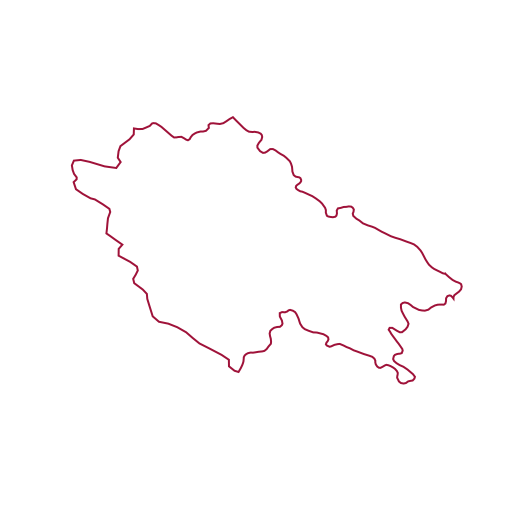 Klimavichy, Mogilev, Belarus, rotated 221°
{"feature_id": "67162791B58533541453403", "entity_name": "Klimavichy", "entity_type": "district", "adm_level": 2, "iso_a3": "BLR", "parent_name": "Belarus", "parent_adm1": "Mogilev", "projection": "equal_earth", "projection_center": [31.953, 53.607], "detail": "fine", "context": "isolated", "style": "outline", "palette": "rose", "viewbox_px": 512, "rotation_deg": 221, "n_neighbors": 0, "source": "geoboundaries", "source_scale": "gbopen_adm2", "svg_char_len": 4607}
<svg xmlns="http://www.w3.org/2000/svg" viewBox="0 0 512 512"><g transform="rotate(221 256 256)"><path d="M431.8,272.2L428.0,267.5L428.0,261.1L430.4,250.0L428.5,245.0L424.8,239.5L419.8,238.1L419.2,230.7L429.1,224.3L443.3,217.9L451.3,213.5L456.0,208.5L454.4,203.6L450.8,200.6L447.2,198.6L442.9,197.7L441.7,196.2L442.1,192.1L435.7,188.3L427.4,189.2L418.7,191.0L414.7,193.0L405.6,194.5L397.6,195.4L394.9,193.6L392.5,187.4L389.3,182.8L386.5,179.0L383.7,174.9L379.3,175.4L372.6,176.0L364.3,176.9L364.3,171.3L359.9,166.1L352.4,167.8L347.2,169.0L338.9,169.9L335.7,167.5L334.5,162.9L333.7,158.2L330.1,155.6L319.4,156.4L313.5,155.8L309.9,152.3L304.3,148.8L294.4,142.7L286.1,142.7L277.8,147.4L268.7,150.6L258.7,152.6L250.0,152.6L241.3,152.9L230.6,155.6L217.1,158.8L208.4,159.9L204.0,155.0L196.9,155.3L193.1,157.0L193.9,161.3L194.8,164.6L195.5,166.5L196.3,168.2L197.8,170.3L198.8,171.6L199.3,173.5L199.0,175.6L198.3,177.4L196.8,179.5L194.8,181.1L193.1,183.1L191.4,185.2L188.6,188.2L187.4,189.9L186.9,192.8L187.2,195.9L187.2,199.5L188.3,201.1L190.5,203.2L192.9,204.8L194.9,206.5L196.1,209.0L195.8,211.6L195.2,213.8L193.7,216.0L193.0,216.8L191.5,218.2L191.1,220.7L191.6,222.3L194.1,224.3L196.4,225.2L198.2,225.9L199.1,226.8L200.6,228.5L199.5,230.8L197.2,232.5L196.0,234.7L195.8,236.3L194.9,237.7L192.3,238.9L189.6,239.3L187.1,238.6L182.9,236.7L180.5,235.2L178.3,233.9L174.3,232.7L171.2,232.8L167.2,234.1L162.7,235.9L159.8,238.2L156.8,239.7L153.8,241.2L150.4,241.9L148.2,241.9L146.6,240.6L146.0,238.6L146.0,236.9L145.3,235.2L143.8,234.9L140.9,235.8L140.0,237.1L138.5,240.4L136.6,243.0L135.1,244.6L131.2,245.9L127.9,246.7L124.7,247.9L120.4,248.9L116.9,250.3L110.2,252.8L105.2,255.0L102.1,256.2L99.3,256.2L97.3,255.3L96.2,254.0L94.5,252.8L92.0,252.1L90.0,252.3L88.7,253.2L87.8,255.4L86.9,258.1L86.2,259.4L84.4,260.4L82.2,261.2L79.3,261.8L77.0,262.0L74.2,261.6L72.3,260.8L71.1,259.1L70.7,258.2L69.6,256.7L66.0,255.2L65.9,255.1L63.3,255.2L60.9,256.6L59.5,258.5L58.9,261.2L57.6,263.0L56.1,264.8L56.0,267.3L56.8,269.1L60.0,269.8L67.2,269.7L72.1,269.1L76.0,267.9L79.7,267.3L82.9,267.3L84.9,268.2L86.3,270.9L86.3,272.5L85.3,274.4L84.4,275.6L83.3,276.7L82.3,278.3L83.2,280.8L84.6,281.8L90.9,283.4L93.7,283.9L95.8,284.4L99.9,285.3L102.9,286.0L105.1,286.8L107.5,287.4L108.0,289.4L106.0,291.2L100.7,292.0L97.4,292.8L95.8,294.3L95.0,298.8L95.2,302.0L96.4,304.9L98.5,306.0L104.0,307.7L107.6,309.1L110.2,310.2L112.7,312.1L114.8,314.5L114.5,316.7L113.2,318.6L110.3,320.1L107.1,320.5L104.1,320.5L101.5,321.2L97.7,322.2L95.0,323.8L92.7,325.5L90.7,328.6L90.1,332.0L88.5,336.1L86.8,338.6L84.2,341.0L82.3,342.5L81.9,344.4L83.0,346.6L84.8,348.8L85.2,351.3L84.1,353.2L82.7,353.9L80.4,353.7L79.0,353.4L80.1,354.7L80.6,356.6L79.9,360.0L79.4,362.3L79.4,365.4L80.7,367.9L82.7,369.3L84.0,369.2L85.9,368.7L88.4,367.7L91.9,366.9L96.5,366.7L101.0,366.8L101.6,366.9L101.6,366.6L103.7,365.5L107.4,364.6L109.6,364.0L113.1,363.1L115.8,362.8L119.7,362.9L122.5,363.6L125.8,364.6L129.3,366.0L132.6,367.3L135.4,368.1L140.3,368.7L144.4,368.4L147.9,367.2L151.9,365.6L158.1,363.3L162.9,361.1L167.2,359.4L173.8,357.7L177.0,356.8L180.5,356.1L184.7,355.3L187.8,354.2L191.6,352.5L196.7,350.8L201.4,350.6L204.7,350.0L208.9,350.1L210.8,351.5L211.4,353.3L212.7,355.3L214.7,355.9L216.6,355.7L218.5,354.3L220.1,352.3L222.0,350.5L223.6,347.9L225.4,345.7L224.9,343.3L222.8,341.2L221.8,339.2L221.9,337.7L223.4,335.7L225.5,334.3L227.4,333.2L228.9,332.9L231.7,334.5L233.4,336.5L235.5,337.7L240.5,338.9L243.8,339.1L248.6,338.7L252.8,338.1L256.1,337.1L258.2,336.5L260.9,335.7L263.3,334.9L265.0,333.9L267.3,333.4L269.5,333.2L271.0,333.8L271.7,335.3L271.5,336.9L270.9,339.1L270.8,340.7L271.1,342.2L271.9,343.1L273.6,343.9L275.0,343.7L276.9,342.6L278.2,341.9L280.6,341.8L283.9,343.6L285.6,345.3L287.4,347.0L290.2,348.7L292.6,349.7L297.6,350.0L300.8,349.9L304.5,349.1L307.4,348.7L310.5,348.5L313.4,347.8L315.4,346.0L316.2,342.1L317.0,339.9L318.4,338.4L321.7,337.8L326.0,338.7L327.4,340.2L328.0,343.0L328.1,344.8L328.1,347.2L329.4,349.9L331.0,351.1L332.7,351.4L335.4,350.7L338.7,348.7L339.8,347.4L342.9,345.2L345.8,344.6L349.4,344.5L355.1,344.9L359.9,345.2L364.5,345.6L365.8,342.0L366.8,338.1L367.8,334.8L369.9,331.9L372.3,330.2L375.4,328.1L377.4,326.1L377.7,323.6L375.6,321.7L375.9,317.6L377.7,315.1L379.5,313.6L381.7,310.4L382.5,308.5L383.3,305.7L383.2,302.8L382.7,300.7L383.3,298.7L385.0,298.0L387.3,297.7L390.5,297.0L392.8,294.7L393.8,293.4L395.6,291.7L398.6,291.4L401.3,291.4L407.4,291.4L412.1,291.4L415.2,291.0L418.6,290.4L420.7,288.9L421.4,287.8L421.5,284.5L423.4,280.5L424.9,277.5L426.3,276.2L428.3,274.4L431.8,272.2Z" fill="none" stroke="#9f1239" stroke-width="2"/></g></svg>